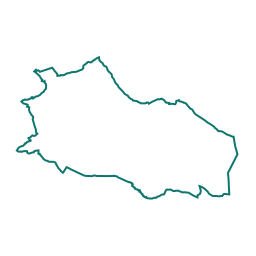 the district of Cacica, Suceava, Romania, rotated 182°
{"feature_id": "2599482B8508193610540", "entity_name": "Cacica", "entity_type": "district", "adm_level": 2, "iso_a3": "ROU", "parent_name": "Romania", "parent_adm1": "Suceava", "projection": "natural_earth1", "projection_center": [25.884, 47.647], "detail": "fine", "context": "isolated", "style": "outline", "palette": "teal", "viewbox_px": 256, "rotation_deg": 182, "n_neighbors": 0, "source": "geoboundaries", "source_scale": "gbopen_adm2", "svg_char_len": 5797}
<svg xmlns="http://www.w3.org/2000/svg" viewBox="0 0 256 256"><g transform="rotate(182 128 128)"><path d="M238.3,101.6L237.0,100.8L236.2,100.5L234.3,100.7L233.4,100.4L232.1,101.1L228.6,101.4L228.0,101.2L228.1,100.8L228.1,100.5L228.0,100.3L227.5,99.5L226.2,99.1L225.7,99.0L223.9,99.8L222.5,100.2L221.3,100.4L221.3,101.0L220.8,101.5L220.3,101.8L219.6,101.9L219.0,102.3L217.7,102.2L216.7,102.5L216.6,101.6L216.6,99.6L216.6,99.1L215.3,99.1L215.0,98.2L214.3,97.6L213.5,96.7L211.3,94.1L209.7,93.0L208.9,92.6L207.1,92.3L206.7,92.0L206.3,91.6L203.2,91.5L201.8,91.7L200.0,91.2L199.4,91.0L199.0,90.3L198.4,88.8L198.0,88.6L197.8,88.2L197.6,87.7L197.0,86.8L196.3,85.6L194.7,84.0L193.4,82.5L192.1,81.4L191.5,81.0L191.1,81.4L188.0,86.7L184.9,85.4L183.8,84.7L182.0,84.0L176.5,81.6L170.3,79.0L169.0,78.7L163.2,78.6L161.5,78.8L160.8,79.3L159.4,79.4L158.0,79.0L155.9,79.0L144.3,79.3L144.0,79.4L141.3,79.5L141.0,79.8L140.2,79.6L138.4,79.5L138.0,79.3L137.4,79.2L136.7,78.6L135.9,78.2L125.9,74.1L125.2,73.9L124.4,74.0L124.0,73.9L123.7,73.5L123.3,73.4L121.9,72.9L121.7,72.7L121.9,72.2L121.3,71.7L121.7,71.1L121.8,70.1L120.6,69.6L119.0,68.4L119.3,68.0L119.2,67.8L117.6,66.9L117.2,67.0L116.6,67.0L116.0,66.8L115.8,66.3L115.2,66.5L114.0,66.2L113.8,65.9L113.9,65.5L114.4,64.8L114.0,64.6L113.5,64.2L113.2,64.3L113.0,64.2L112.8,64.1L112.8,63.8L112.1,63.0L112.1,62.5L111.5,62.2L111.1,62.2L111.0,61.8L110.8,61.1L110.3,60.9L110.5,60.6L110.4,60.4L109.7,60.1L109.3,59.7L108.6,59.4L107.8,59.6L108.0,59.2L107.9,59.1L107.5,59.1L107.0,58.7L106.2,58.5L104.7,58.4L104.3,58.3L102.1,58.3L100.9,58.5L100.1,59.0L99.1,59.2L98.5,59.3L97.4,59.2L96.7,60.0L95.7,60.6L94.8,60.7L93.8,61.3L92.3,62.4L91.0,62.8L89.6,63.0L87.8,67.3L87.4,67.7L84.7,67.8L83.7,68.0L82.6,67.7L81.2,66.9L80.8,66.7L80.4,66.7L79.9,66.5L79.5,66.6L78.7,66.7L78.1,67.0L76.7,67.0L75.7,67.1L74.8,66.8L74.1,66.4L73.3,66.3L71.8,65.8L71.4,65.5L69.3,65.8L64.9,65.4L63.5,64.5L59.6,62.4L56.1,61.1L56.2,62.4L56.0,63.2L53.7,64.7L53.4,66.1L53.1,66.7L53.2,68.5L54.5,72.4L53.7,72.2L51.5,71.2L49.3,70.0L47.4,68.3L46.0,67.0L44.7,65.1L41.9,63.5L40.6,62.9L39.3,63.1L37.5,63.1L34.9,62.9L31.4,63.4L30.0,65.3L29.5,65.5L24.5,65.2L25.7,80.0L26.5,86.6L17.7,105.5L20.4,114.2L22.2,123.0L22.9,122.9L24.9,123.6L27.4,124.6L28.5,124.8L30.3,125.7L30.9,126.2L31.7,126.7L34.2,127.9L36.4,128.1L36.6,128.0L37.0,128.0L37.7,128.2L38.4,128.7L38.5,129.1L39.7,130.2L41.5,131.4L41.6,131.6L41.7,132.1L46.4,135.1L48.3,136.0L51.7,138.5L57.5,142.0L61.2,144.2L63.1,146.6L63.9,147.9L64.6,148.8L66.6,149.7L67.2,150.2L67.3,150.6L69.4,152.6L70.0,153.6L71.7,155.0L72.3,155.2L72.9,155.1L73.5,155.3L73.8,155.6L74.4,155.9L75.5,156.2L77.4,156.4L78.1,157.6L78.7,157.1L79.7,157.1L80.7,156.6L80.7,155.6L81.2,154.1L81.6,153.4L85.6,153.8L86.2,153.7L86.3,153.5L87.0,153.5L87.2,153.3L87.9,153.4L87.9,154.5L90.8,154.7L92.0,155.9L92.7,156.9L93.5,157.6L94.0,157.8L95.0,158.0L95.3,158.5L95.5,158.5L95.7,158.4L95.8,158.1L96.7,158.1L97.3,157.7L98.0,157.8L98.5,157.7L99.4,157.8L100.0,157.4L104.7,155.1L108.1,153.0L108.8,154.1L109.9,154.2L110.3,154.1L110.7,153.6L111.2,153.3L116.2,153.1L116.7,153.7L117.3,153.9L118.8,154.2L118.9,154.6L119.3,154.8L120.3,155.2L122.5,155.5L124.0,155.6L124.3,156.1L124.7,156.5L125.1,156.8L126.2,157.2L128.2,158.7L129.1,160.0L129.9,160.6L132.0,161.7L132.6,162.1L134.5,164.4L138.9,168.6L139.4,169.8L139.7,170.3L140.3,171.0L141.5,171.9L142.0,172.6L143.1,174.5L143.6,175.9L144.0,176.5L145.5,178.2L145.7,178.8L145.9,179.7L146.3,181.2L149.5,184.0L150.7,185.9L151.2,187.3L151.6,188.2L151.9,188.5L153.6,189.1L154.1,189.5L154.6,189.9L155.4,191.5L156.1,192.4L157.1,192.9L158.7,194.3L159.0,194.9L159.5,197.7L161.6,196.6L164.4,194.5L164.9,194.4L165.5,193.7L165.9,193.5L165.9,193.3L166.3,192.8L166.8,192.6L167.0,192.4L167.7,192.2L169.5,192.6L170.6,192.4L171.2,192.0L171.3,191.5L171.7,191.1L172.3,190.6L172.8,190.4L173.1,190.1L173.5,189.8L173.6,189.6L174.6,189.0L174.7,188.7L174.9,187.8L174.8,186.6L174.9,186.1L175.3,185.6L175.6,185.1L176.1,184.7L177.3,184.3L180.4,182.9L182.0,182.3L182.6,182.2L185.8,181.9L186.4,181.8L188.2,181.0L189.3,180.7L190.8,180.5L191.3,180.3L192.7,179.2L194.3,178.5L194.7,178.4L195.4,178.6L196.2,178.4L197.1,178.6L197.6,178.0L198.0,177.8L199.0,178.0L200.4,177.6L200.6,178.0L200.6,178.4L200.4,178.7L200.5,179.3L200.7,179.7L203.8,183.0L204.5,184.1L204.8,184.5L205.1,184.6L205.9,185.6L218.0,181.1L218.8,181.9L219.7,182.5L221.2,182.0L221.9,183.0L222.5,182.6L223.7,181.3L222.5,180.6L218.5,177.1L218.0,176.7L217.0,175.0L216.8,174.9L215.8,173.2L215.5,173.1L215.3,173.2L215.2,173.1L215.8,172.0L213.3,171.1L213.4,171.6L213.0,171.9L212.8,170.6L212.4,169.9L211.7,169.2L211.3,168.4L211.4,167.8L211.3,166.4L211.3,164.9L211.5,164.2L212.0,163.8L212.7,162.9L213.0,162.4L213.2,161.6L213.7,161.2L214.3,160.8L215.6,159.8L216.9,158.2L219.2,156.7L221.7,156.1L222.6,155.2L223.1,154.9L223.8,154.2L224.4,154.2L224.6,154.6L224.6,155.5L224.9,155.6L225.1,155.5L225.5,155.2L226.5,153.9L229.5,152.8L231.2,152.6L232.1,152.9L233.3,152.2L233.8,152.2L234.1,151.9L235.5,150.8L235.4,150.6L234.7,150.2L233.7,149.1L233.2,148.9L232.7,148.7L231.8,148.6L230.8,148.2L229.7,148.1L229.0,147.7L228.9,147.5L229.7,145.8L227.4,145.2L227.5,144.5L227.5,142.4L227.0,141.1L226.9,140.5L226.3,139.8L225.4,138.5L225.4,138.3L225.2,138.0L224.6,137.4L223.6,136.3L223.3,136.1L223.2,135.8L223.1,135.1L223.2,134.2L223.6,133.8L223.4,132.8L222.0,128.8L221.2,126.0L220.5,124.5L220.1,123.4L219.9,121.9L219.6,120.2L218.9,119.7L218.4,119.1L220.0,117.6L220.9,116.9L221.8,116.8L223.2,117.3L225.7,114.9L227.1,114.6L227.1,114.3L226.8,114.1L226.0,112.9L225.7,112.6L224.8,112.3L224.8,112.1L225.1,111.6L226.3,111.3L227.0,111.1L227.3,111.1L228.9,110.0L228.8,109.8L229.6,109.3L230.2,108.5L230.6,108.4L230.7,108.5L231.5,107.3L232.3,106.5L233.6,106.1L235.5,105.3L236.9,104.1L237.2,103.4L237.8,102.7L238.1,102.0L238.3,101.6Z" fill="none" stroke="#0f766e" stroke-width="2"/></g></svg>